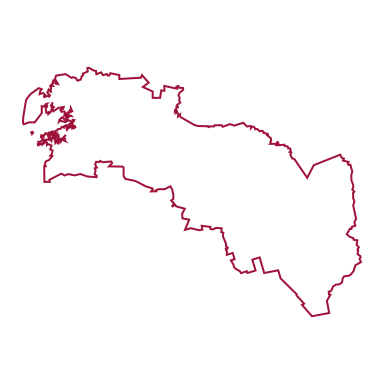 Åtorohanga District, Waikato, New Zealand (Mercator projection)
{"feature_id": "76426892B74267582170982", "entity_name": "Åtorohanga District", "entity_type": "district", "adm_level": 2, "iso_a3": "NZL", "parent_name": "New Zealand", "parent_adm1": "Waikato", "projection": "mercator", "projection_center": [175.074, -38.229], "detail": "fine", "context": "isolated", "style": "outline", "palette": "rose", "viewbox_px": 384, "rotation_deg": 0, "n_neighbors": 0, "source": "geoboundaries", "source_scale": "gbopen_adm2", "svg_char_len": 5784}
<svg xmlns="http://www.w3.org/2000/svg" viewBox="0 0 384 384"><path d="M65.6,74.1L56.1,75.6L55.0,78.9L58.0,84.1L56.0,83.7L55.1,80.9L53.4,80.3L52.6,82.4L53.5,83.2L51.3,84.8L52.8,85.9L50.2,86.3L51.1,88.0L50.6,90.9L51.4,92.6L48.7,89.5L47.4,92.7L49.9,95.6L49.0,96.7L47.6,95.9L44.2,97.1L43.9,96.2L45.1,94.9L42.9,93.0L39.6,94.2L40.3,90.9L41.7,89.2L38.8,88.1L30.6,94.0L27.4,97.9L26.0,100.3L23.3,116.8L23.0,122.8L23.8,124.3L29.0,122.3L34.7,122.4L41.8,113.0L41.7,106.1L43.8,106.6L46.1,103.9L47.1,103.7L46.2,104.7L47.3,105.8L46.9,106.7L46.2,105.8L45.7,107.3L45.9,110.3L46.4,112.9L48.5,112.1L48.4,114.0L50.9,111.8L52.0,108.3L51.0,105.5L52.8,102.3L51.7,104.6L53.7,107.1L52.7,107.3L52.8,109.7L52.4,108.9L52.0,109.1L53.3,111.3L58.5,107.8L63.7,107.0L62.9,109.0L60.4,109.8L61.4,111.8L64.3,111.4L64.9,112.4L64.3,115.4L70.4,110.4L69.8,109.0L70.7,110.2L70.9,108.3L72.0,110.9L70.9,110.6L70.7,112.2L68.8,112.1L68.7,113.3L66.1,115.0L65.6,117.2L66.2,118.0L67.6,115.8L69.7,115.4L69.9,115.7L71.2,115.8L71.3,115.9L71.4,116.0L69.9,115.8L67.1,118.4L67.7,120.3L65.8,120.5L62.0,117.3L59.4,119.9L59.0,121.7L60.1,120.6L65.2,122.1L68.7,120.3L72.1,122.0L72.6,119.8L74.3,120.1L72.3,123.5L71.0,123.0L69.1,124.3L70.7,125.5L72.5,124.5L72.6,127.4L73.5,126.1L74.8,126.0L75.7,128.0L73.9,126.1L73.9,128.2L72.2,128.5L71.9,126.1L69.3,125.9L69.1,127.0L70.1,127.3L69.3,127.9L67.5,126.7L67.4,129.6L67.0,130.0L66.3,127.4L67.6,125.9L66.4,125.1L63.8,126.5L63.8,127.6L61.8,126.9L60.5,128.8L58.0,129.1L57.3,130.2L56.6,129.5L56.9,130.4L55.2,131.1L55.8,133.3L56.7,133.3L55.7,134.3L58.5,135.0L58.9,139.0L62.4,138.5L65.8,134.9L62.9,138.8L65.0,138.8L64.5,139.9L65.4,141.1L61.8,139.5L61.1,141.2L60.8,139.4L60.0,139.4L59.4,141.2L58.6,140.0L58.4,141.5L57.4,141.6L58.0,141.8L58.6,144.3L56.6,141.6L55.5,142.8L55.6,141.4L54.2,141.7L55.9,140.7L54.6,139.6L54.9,138.4L53.5,138.3L54.3,137.9L53.5,136.8L53.9,135.3L52.9,135.7L53.5,133.8L52.9,131.5L51.0,131.9L50.5,132.9L51.4,132.6L51.4,133.6L50.6,133.4L49.5,135.0L50.6,135.3L49.5,136.3L49.5,138.1L51.9,137.9L51.4,140.8L50.2,138.7L49.3,140.0L48.3,139.5L48.9,138.7L48.1,135.8L49.4,133.9L48.8,132.8L47.4,134.5L46.3,133.2L45.2,133.4L44.7,134.9L42.8,135.3L43.3,136.5L41.2,135.4L40.9,137.0L42.3,138.1L42.2,139.9L40.5,141.7L38.5,141.8L39.7,143.5L37.8,143.8L38.0,145.3L41.5,143.7L42.0,144.6L43.0,142.7L43.3,143.8L44.5,143.2L44.2,140.3L45.2,141.2L44.9,140.0L46.8,139.7L45.9,141.7L47.2,142.9L47.0,145.0L48.3,144.2L51.6,145.5L50.2,149.4L52.6,150.6L51.8,154.1L50.3,155.7L52.3,156.2L48.8,160.2L46.0,161.2L44.9,163.6L45.7,166.2L44.2,166.1L44.4,181.9L49.8,181.9L49.3,179.9L61.4,173.6L64.6,175.5L68.2,174.1L74.8,175.4L80.2,174.0L87.3,176.5L96.6,177.2L96.6,175.6L94.6,174.3L95.6,170.4L94.7,168.3L96.9,167.6L95.1,164.8L96.1,161.8L99.3,162.0L100.0,160.9L102.6,162.2L111.4,161.5L112.1,163.2L109.0,166.4L122.4,166.6L123.6,167.6L123.6,176.0L125.4,178.9L135.4,181.0L145.7,186.3L152.4,188.4L152.8,189.1L151.1,191.4L156.4,191.3L156.2,190.0L159.5,189.1L164.4,189.3L170.4,186.3L172.3,189.9L173.4,195.3L173.3,199.1L171.2,200.4L173.9,203.3L171.9,206.9L175.0,204.7L176.3,206.4L184.8,208.7L182.1,214.0L182.5,218.4L189.2,219.7L185.0,229.8L190.7,228.2L199.2,230.2L202.4,229.6L201.7,225.8L210.4,226.9L210.4,229.0L212.4,229.5L216.2,227.9L221.7,228.3L221.3,232.1L223.3,232.7L222.9,236.2L225.9,243.5L226.0,245.9L227.6,247.6L226.1,248.3L227.1,249.1L226.0,250.1L226.9,251.4L226.8,254.8L232.7,253.0L234.6,259.2L230.9,260.4L233.5,264.7L233.8,266.8L235.7,268.8L239.8,271.2L241.1,273.1L246.8,271.2L247.4,273.0L255.6,270.5L252.3,259.7L259.6,257.4L264.2,273.0L278.2,270.3L280.6,278.4L296.7,294.3L296.5,295.4L304.1,303.7L302.0,304.9L312.0,316.2L329.2,313.0L326.9,300.8L330.4,294.7L328.9,294.3L328.8,291.6L330.9,291.2L333.2,286.4L336.1,284.5L339.6,284.3L342.1,282.3L342.7,278.3L344.2,276.3L349.0,275.7L351.2,274.2L353.8,270.6L355.4,265.2L361.0,262.1L359.5,258.8L360.6,257.3L360.2,256.0L357.6,254.1L358.2,250.5L357.5,249.6L358.8,247.3L356.6,244.7L357.3,240.3L353.6,239.7L353.2,238.1L349.5,236.7L346.8,234.2L350.0,228.6L351.4,228.9L352.0,226.8L355.3,225.7L354.4,221.9L356.1,219.0L353.2,205.3L354.4,201.7L353.2,198.2L353.1,192.8L354.3,191.7L352.3,189.5L353.3,187.3L353.1,184.6L351.4,180.3L351.3,175.1L352.3,171.5L350.3,164.6L348.8,165.0L347.7,163.8L348.5,161.9L343.0,160.6L344.0,158.7L341.9,157.9L340.2,154.7L313.8,165.2L307.2,177.8L294.4,159.1L292.1,158.3L290.4,154.8L291.2,152.9L289.6,152.0L290.9,151.0L290.1,148.4L288.3,148.5L287.6,146.4L284.8,146.1L284.4,144.7L278.6,145.2L278.2,142.4L277.3,142.1L276.7,142.9L277.8,144.7L277.2,145.3L276.0,145.1L276.0,143.9L270.2,143.9L270.8,143.2L270.3,141.7L271.2,140.8L270.8,138.2L268.5,136.4L267.7,134.1L267.0,135.0L265.7,133.3L263.4,132.9L263.5,131.7L262.2,130.8L259.7,131.3L257.3,129.0L255.3,129.3L254.2,127.0L251.6,126.4L251.5,127.4L251.0,128.0L251.1,126.7L249.9,126.0L246.9,126.5L243.3,122.8L234.2,125.6L230.1,124.1L222.6,126.8L221.7,125.2L214.6,125.3L214.0,126.4L208.7,126.4L208.7,128.0L208.3,126.3L197.8,126.0L194.2,124.9L181.0,117.3L179.8,115.9L180.0,114.6L178.1,116.4L178.3,114.3L177.3,112.5L176.3,113.0L177.0,111.2L176.1,110.6L174.9,111.6L175.0,109.8L176.4,108.9L176.5,106.6L177.8,107.0L177.2,104.7L180.3,102.6L179.2,100.5L179.6,97.7L178.5,95.1L179.4,93.0L183.2,89.8L183.0,88.0L178.8,87.7L178.4,86.0L176.4,86.6L176.8,88.7L164.3,85.9L164.4,90.8L161.3,90.4L160.1,97.8L152.7,97.9L152.7,91.5L142.9,87.0L148.7,82.6L141.9,75.1L140.9,77.7L119.3,79.0L119.3,75.1L110.4,73.2L109.3,75.5L107.4,75.4L106.8,74.0L102.9,75.2L101.2,72.4L96.4,74.2L96.0,70.9L93.5,70.5L89.1,67.8L87.4,68.0L87.7,71.5L82.9,73.6L83.1,75.2L81.7,76.3L80.8,79.5L77.5,80.7L75.8,78.0L72.9,77.2L71.5,77.9L65.6,74.1ZM54.7,133.0L53.9,134.3L55.0,135.7L54.4,137.1L55.6,138.1L55.2,140.0L57.9,139.7L57.8,136.8L57.1,136.1L55.9,136.8L54.7,133.0ZM32.5,131.8L31.2,132.3L32.0,134.1L33.1,132.8L32.5,131.8Z" fill="none" stroke="#9f1239" stroke-width="2"/></svg>